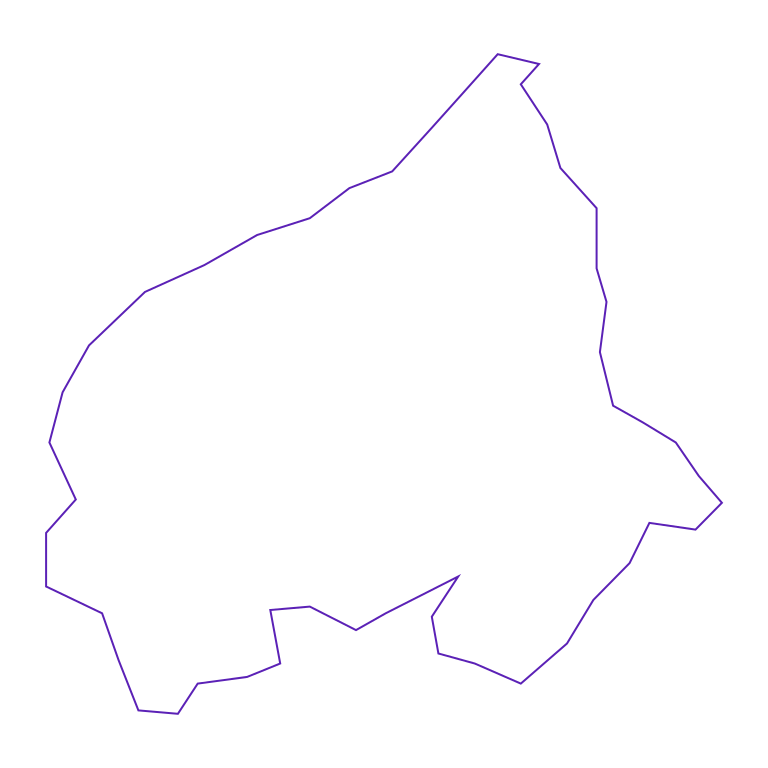 outline of Meniko, Nicosia, Cyprus
{"feature_id": "46923920B66870539370935", "entity_name": "Meniko", "entity_type": "district", "adm_level": 2, "iso_a3": "CYP", "parent_name": "Cyprus", "parent_adm1": "Nicosia", "projection": "natural_earth1", "projection_center": [33.147, 35.101], "detail": "fine", "context": "isolated", "style": "outline", "palette": "violet", "viewbox_px": 768, "rotation_deg": 0, "n_neighbors": 0, "source": "geoboundaries", "source_scale": "gbopen_adm2", "svg_char_len": 716}
<svg xmlns="http://www.w3.org/2000/svg" viewBox="0 0 768 768"><path d="M539.0,64.0L497.7,54.2L464.8,91.0L431.8,127.8L392.2,171.4L349.4,188.1L309.8,218.2L257.1,235.0L204.3,265.1L145.0,291.9L89.0,345.4L62.6,392.3L49.4,442.5L75.8,499.5L46.1,532.9L46.1,586.5L102.1,613.3L118.6,660.2L138.4,710.4L177.9,713.8L197.7,683.6L247.2,676.9L280.2,663.5L270.3,610.0L309.8,606.6L356.0,630.1L385.7,613.3L458.2,576.5L431.8,616.7L438.4,653.5L474.7,663.5L520.8,683.6L567.0,643.5L593.4,599.9L629.6,563.1L649.4,522.9L695.5,529.6L721.9,502.8L698.8,476.0L675.8,442.5L642.8,422.4L613.1,405.7L599.9,352.1L606.5,301.9L596.6,268.4L596.6,208.2L560.4,168.0L547.2,124.5L520.8,84.3L539.0,64.0Z" fill="none" stroke="#5b21b6" stroke-width="2"/></svg>